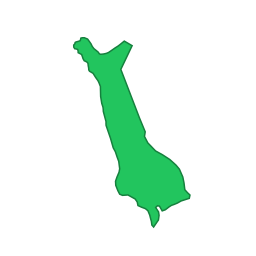 Kuala Penyu, Sabah, Malaysia (Albers equal-area conic projection), rotated 299°
{"feature_id": "92858781B3182463940033", "entity_name": "Kuala Penyu", "entity_type": "district", "adm_level": 2, "iso_a3": "MYS", "parent_name": "Malaysia", "parent_adm1": "Sabah", "projection": "albers", "projection_center": [115.505, 5.445], "detail": "fine", "context": "isolated", "style": "filled", "palette": "green", "viewbox_px": 256, "rotation_deg": 299, "n_neighbors": 0, "source": "geoboundaries", "source_scale": "gbopen_adm2", "svg_char_len": 1522}
<svg xmlns="http://www.w3.org/2000/svg" viewBox="0 0 256 256"><g transform="rotate(299 128 128)"><path d="M202.2,82.6L196.7,80.4L194.5,79.4L191.8,77.9L189.5,76.8L187.3,75.7L184.5,74.3L182.7,72.8L181.0,70.9L180.0,69.5L179.1,68.1L179.0,66.9L179.9,65.2L180.3,63.1L180.6,61.4L180.9,59.7L182.0,57.2L183.7,54.8L185.4,51.3L186.2,49.5L185.8,46.1L184.8,44.3L183.8,43.2L181.3,43.9L180.4,43.2L178.7,41.5L178.0,40.8L177.2,40.3L176.0,40.7L174.2,40.3L172.4,41.4L171.5,43.0L172.0,44.3L172.3,45.9L171.2,47.0L169.7,47.9L169.8,50.4L169.8,51.8L168.4,53.4L166.8,55.1L165.6,57.1L165.8,59.9L165.2,61.6L163.2,63.0L161.4,64.5L159.8,65.5L159.0,66.8L158.9,70.9L156.7,74.9L155.9,76.5L154.9,78.7L153.5,80.7L152.2,82.2L151.0,83.7L142.3,88.8L136.7,93.2L135.6,94.4L134.2,95.9L132.6,97.1L130.5,98.4L122.9,105.7L121.2,106.6L119.6,107.6L118.0,109.4L110.5,117.7L103.5,124.7L101.1,128.5L97.3,132.6L94.3,136.1L88.3,140.5L85.0,141.6L80.1,142.1L75.4,142.9L71.9,145.1L68.3,149.5L66.1,152.8L66.4,155.8L69.4,160.4L69.4,164.2L69.4,168.6L67.8,171.9L65.0,174.3L65.3,178.2L65.9,182.3L65.3,185.5L62.3,189.3L59.6,191.8L57.7,193.7L54.7,195.9L53.8,198.4L62.3,199.2L66.7,197.5L69.4,195.4L71.9,190.7L74.3,191.5L74.9,193.4L72.1,198.1L74.6,200.3L79.0,202.2L81.4,203.5L83.3,205.2L86.3,207.6L89.9,209.8L96.2,215.7L99.4,214.7L100.3,211.2L101.6,207.6L107.1,203.6L111.7,199.7L116.9,192.9L118.8,188.0L120.7,179.8L121.3,171.3L121.3,163.2L124.6,152.5L128.6,146.5L133.0,144.9L142.4,133.1L175.8,93.3L202.0,91.7L202.2,82.6Z" fill="#22c55e" stroke="#15803d" stroke-width="1.5"/></g></svg>